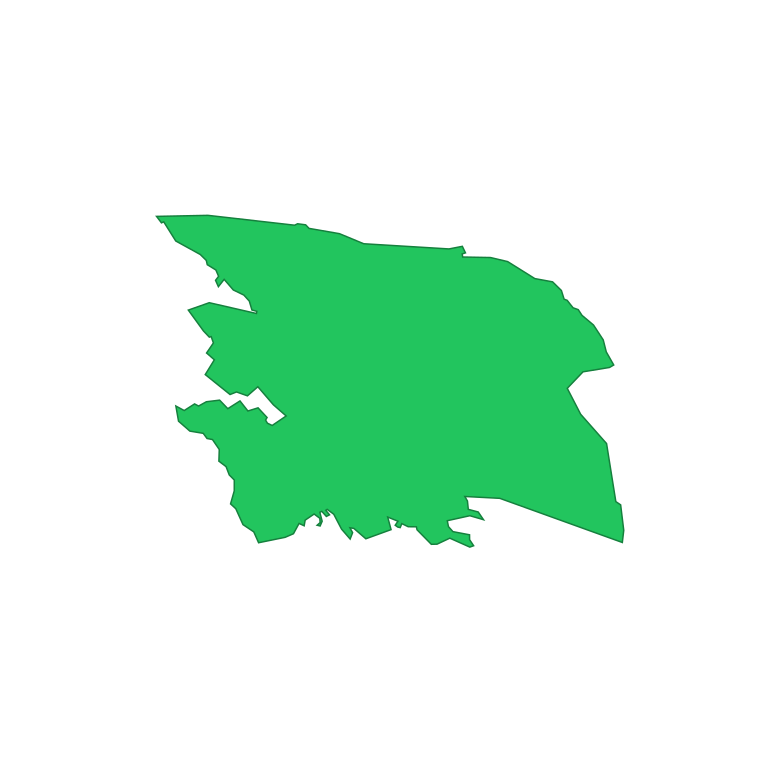 Jiutepec, Morelos, Mexico (Equal Earth projection), rotated 320°
{"feature_id": "50627088B83770147300305", "entity_name": "Jiutepec", "entity_type": "district", "adm_level": 2, "iso_a3": "MEX", "parent_name": "Mexico", "parent_adm1": "Morelos", "projection": "equal_earth", "projection_center": [-99.181, 18.886], "detail": "medium", "context": "isolated", "style": "filled", "palette": "green", "viewbox_px": 768, "rotation_deg": 320, "n_neighbors": 0, "source": "geoboundaries", "source_scale": "gbopen_adm2", "svg_char_len": 1971}
<svg xmlns="http://www.w3.org/2000/svg" viewBox="0 0 768 768"><g transform="rotate(320 384 384)"><path d="M231.7,441.3L236.1,437.6L246.9,438.7L248.5,445.6L246.0,449.1L242.0,449.2L243.8,451.7L248.4,449.4L252.4,441.0L254.5,441.6L254.7,448.4L258.2,449.2L258.2,443.3L259.9,443.5L261.8,451.5L258.2,467.8L258.4,481.0L264.4,477.7L265.5,472.2L268.1,475.3L270.6,490.9L295.8,500.1L301.3,488.3L306.5,498.1L301.8,499.4L302.6,502.5L304.1,504.4L307.9,502.4L310.8,508.9L317.0,514.2L315.6,516.9L317.2,537.2L321.7,540.8L335.3,544.4L344.9,564.1L348.7,565.5L349.5,558.3L352.6,554.5L341.9,541.4L341.7,534.7L344.6,529.4L365.1,540.1L373.0,551.9L373.9,542.6L368.0,534.2L372.7,527.3L373.6,522.1L399.2,546.0L464.7,658.6L473.6,650.2L487.6,628.7L486.0,623.1L516.2,572.7L515.2,533.6L521.6,505.1L544.3,502.6L567.4,516.3L572.2,517.1L574.9,502.3L580.3,491.1L582.4,473.5L579.8,458.7L580.6,451.9L577.8,447.1L578.1,437.6L576.5,434.8L580.0,426.4L578.8,414.1L567.3,400.2L557.4,369.7L546.9,355.6L525.9,337.3L527.5,334.6L530.7,335.9L532.5,328.9L520.6,322.3L458.6,263.5L446.5,240.2L426.6,216.6L426.3,211.7L420.8,205.7L417.6,204.9L357.5,141.6L317.5,109.4L317.1,117.5L319.5,118.2L316.4,140.6L326.5,166.7L327.3,175.1L325.3,179.0L328.5,188.6L326.5,195.2L321.6,196.3L319.7,203.0L328.8,201.1L329.0,215.1L333.8,225.8L334.1,233.9L330.4,242.4L333.3,246.6L331.6,248.0L302.4,209.4L281.6,201.6L279.8,227.3L280.3,235.8L282.1,236.6L279.7,242.9L268.0,246.2L269.6,256.4L253.1,261.9L259.3,293.1L265.9,295.3L271.8,305.3L285.6,305.0L285.9,328.8L288.5,345.6L271.7,343.9L269.5,339.1L270.1,335.5L272.9,334.5L272.2,321.3L262.4,317.2L262.8,304.4L248.5,302.5L247.7,290.7L236.5,283.4L227.8,281.7L226.1,277.5L213.9,275.9L210.4,267.1L202.7,280.4L205.0,295.3L213.8,305.6L213.4,312.0L216.9,316.3L215.7,328.3L207.9,337.0L209.9,345.8L207.0,354.2L207.6,361.3L200.6,369.6L189.4,377.2L190.3,384.3L185.6,401.1L189.2,413.6L185.9,425.0L209.7,437.9L218.4,440.5L229.3,436.2L231.7,441.3Z" fill="#22c55e" stroke="#15803d" stroke-width="1.5"/></g></svg>